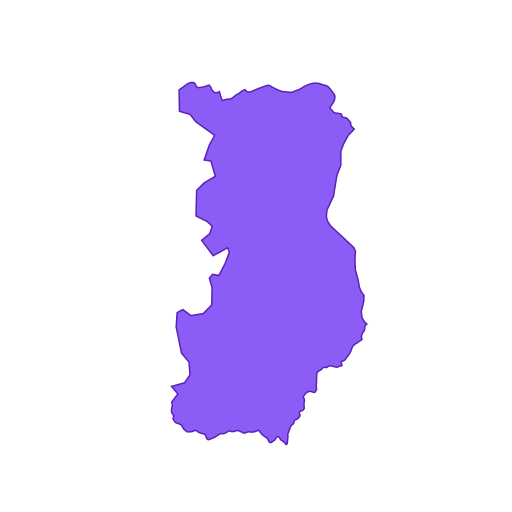 Vayk, Vayots Dzor, Armenia (Mercator projection), rotated 337°
{"feature_id": "60910142B90303504942673", "entity_name": "Vayk", "entity_type": "district", "adm_level": 2, "iso_a3": "ARM", "parent_name": "Armenia", "parent_adm1": "Vayots Dzor", "projection": "mercator", "projection_center": [45.554, 39.753], "detail": "fine", "context": "isolated", "style": "filled", "palette": "violet", "viewbox_px": 512, "rotation_deg": 337, "n_neighbors": 0, "source": "geoboundaries", "source_scale": "gbopen_adm2", "svg_char_len": 5353}
<svg xmlns="http://www.w3.org/2000/svg" viewBox="0 0 512 512"><g transform="rotate(337 256 256)"><path d="M250.1,73.1L248.9,76.0L243.1,90.4L242.1,92.9L250.7,100.0L253.0,108.8L265.1,128.8L256.3,135.7L245.8,147.4L251.6,150.9L249.7,166.7L236.9,168.4L227.0,172.4L216.4,195.7L224.5,205.1L227.3,211.6L222.1,217.4L212.1,220.3L216.7,239.0L233.0,237.3L233.0,242.0L224.8,250.7L214.3,259.4L209.0,255.9L204.4,258.2L203.2,268.1L196.1,283.8L185.0,288.4L172.9,285.5L167.7,276.7L161.3,277.3L154.8,290.1L149.5,316.3L152.9,327.4L148.8,339.6L140.7,344.8L127.3,343.0L130.2,352.4L121.2,357.6L121.1,359.2L120.4,361.2L119.3,362.7L118.9,363.3L117.5,365.8L117.3,367.2L117.4,368.6L117.8,370.3L117.8,371.3L117.5,371.7L116.9,372.2L116.0,373.3L116.1,375.0L116.5,377.0L117.5,378.7L118.0,379.0L119.0,379.8L119.7,380.6L120.9,382.0L121.3,382.5L121.4,383.3L121.4,384.0L121.6,385.4L121.7,386.6L122.3,388.1L123.1,389.7L124.2,391.1L125.8,391.8L127.0,392.2L128.9,392.7L130.3,392.7L131.7,392.7L132.5,393.1L133.4,394.2L134.2,395.7L135.3,396.8L136.7,398.1L138.8,399.7L139.6,400.5L139.5,401.4L139.4,402.7L139.4,404.2L139.4,405.2L139.9,406.1L140.5,406.6L142.4,406.7L144.2,406.7L145.7,406.7L147.3,406.7L148.4,406.5L149.9,406.1L151.1,406.1L152.2,405.8L153.5,405.7L154.6,405.9L156.0,406.6L156.9,406.9L158.8,406.9L160.0,406.9L161.4,406.6L162.7,406.4L163.5,406.7L164.3,407.7L165.0,408.0L165.6,408.4L166.8,408.9L168.3,408.9L169.0,409.1L170.6,409.3L171.5,409.9L172.3,410.5L173.0,411.5L173.9,412.1L174.4,413.0L174.6,413.3L175.5,414.2L176.7,414.6L179.2,414.7L180.2,414.9L181.5,415.3L182.4,416.1L184.1,416.7L185.2,417.1L186.9,417.3L188.6,417.3L189.8,417.3L190.1,417.6L190.4,417.8L190.7,418.7L190.8,419.1L191.1,420.3L191.4,421.4L192.0,422.9L192.7,424.2L193.4,425.6L193.9,426.2L194.4,426.8L194.9,427.6L195.3,429.3L195.3,430.7L195.4,431.5L195.5,432.3L195.8,433.0L196.5,433.4L197.4,433.6L199.1,433.2L199.9,433.0L200.0,433.0L201.0,432.8L201.7,432.5L202.7,431.8L203.6,431.1L204.6,430.8L205.4,430.8L206.1,431.1L206.6,432.3L206.7,433.6L207.0,434.8L207.4,435.6L208.0,436.4L208.9,437.9L209.5,439.2L209.7,440.7L210.1,441.3L211.1,441.1L211.3,441.1L211.8,440.2L212.4,439.1L213.4,437.4L214.3,435.7L214.7,434.9L214.9,434.6L215.2,433.6L215.4,432.7L216.0,432.0L217.1,430.9L217.7,430.3L218.4,429.3L219.2,428.6L220.1,427.8L220.7,426.7L221.9,426.1L222.9,425.6L224.4,425.2L225.1,424.9L225.7,424.3L226.4,423.4L227.1,422.5L228.1,422.1L229.1,422.2L230.1,422.2L230.6,422.2L232.0,421.7L232.9,420.9L234.0,420.4L234.4,418.8L234.5,418.5L234.6,417.5L235.1,416.5L236.3,416.1L237.5,416.3L238.7,416.3L239.5,416.0L240.2,415.7L241.1,414.7L241.5,413.2L241.8,412.2L241.9,411.9L242.9,410.0L244.2,407.8L244.6,406.3L244.3,405.2L244.7,404.0L245.3,403.4L246.6,402.7L248.3,401.7L250.1,401.4L252.0,401.5L253.6,402.0L254.4,402.8L255.6,403.9L256.6,404.4L257.5,404.2L258.4,403.5L259.3,402.8L260.0,401.7L260.3,400.2L260.5,399.2L260.9,398.5L261.8,396.9L262.6,395.5L263.4,393.7L264.0,392.1L264.8,390.5L265.4,389.2L266.1,387.9L267.2,387.0L268.2,386.4L270.0,386.3L271.3,386.2L272.5,385.7L273.5,385.2L275.0,385.0L275.9,385.3L276.7,386.0L277.7,386.3L278.9,385.9L280.2,385.8L281.1,386.0L282.4,386.6L283.6,387.5L284.6,388.3L285.6,389.0L286.2,389.6L287.1,390.0L287.7,390.1L288.2,390.0L288.9,390.1L289.7,390.1L290.7,390.3L291.6,390.5L292.4,390.3L292.7,389.1L292.7,387.9L292.9,386.9L293.4,386.5L294.3,386.5L295.3,386.7L296.6,386.5L297.8,386.2L298.7,385.6L300.0,384.6L301.5,383.9L302.7,383.3L303.9,382.5L306.2,380.6L308.1,378.5L308.8,377.7L309.5,377.3L310.1,376.5L310.7,376.3L311.8,376.3L312.6,375.9L313.1,375.6L315.0,375.6L316.9,375.1L318.4,374.7L319.9,374.6L320.9,374.3L321.2,373.5L321.3,372.3L321.5,371.3L322.5,370.0L323.7,368.7L325.2,367.9L326.6,367.0L327.2,366.4L327.3,365.9L327.8,365.0L328.2,363.9L328.7,363.4L329.6,362.9L330.4,362.1L331.1,361.9L331.4,361.9L330.2,359.0L329.5,354.3L331.2,348.3L337.5,339.8L340.0,334.5L338.9,329.9L339.0,325.0L340.6,318.3L342.1,307.4L346.1,296.9L349.4,290.5L349.4,286.5L336.5,257.7L335.4,251.4L336.3,247.0L339.2,241.5L350.8,231.1L362.0,213.3L369.5,205.7L375.1,192.7L380.5,187.0L388.0,181.0L396.0,177.6L395.4,176.0L394.4,173.8L394.5,172.3L394.9,171.2L395.2,170.0L394.9,168.7L394.2,167.0L393.8,165.2L392.7,163.8L391.5,163.0L389.9,162.1L389.8,160.5L390.0,158.6L389.1,157.9L387.8,157.1L386.7,156.3L384.7,155.4L383.6,153.9L383.3,152.9L382.9,151.5L382.3,150.3L382.0,149.1L382.4,148.0L383.2,147.4L385.4,146.0L387.5,144.7L388.9,143.4L390.1,141.7L391.1,139.7L391.2,137.7L390.8,136.3L390.5,134.9L389.8,131.9L389.2,130.2L388.5,128.2L387.7,127.1L386.2,125.8L384.4,124.5L383.2,123.4L380.9,121.4L377.2,119.6L373.6,118.9L370.3,118.7L366.0,118.8L363.2,119.4L360.3,119.6L358.2,119.4L356.2,119.4L354.6,119.3L353.6,119.4L352.2,119.1L350.2,118.0L348.8,117.2L346.9,116.2L344.8,115.1L342.9,113.5L340.0,110.6L337.0,107.0L335.2,104.6L334.0,103.6L332.2,103.3L328.6,103.0L323.0,102.8L317.9,102.8L315.1,102.8L313.6,102.4L311.9,101.1L311.3,99.9L310.9,98.5L309.7,98.5L308.2,98.6L306.2,98.9L305.1,99.3L304.4,99.6L303.7,99.7L302.3,99.8L300.2,100.1L298.1,100.7L295.9,101.3L294.0,101.5L292.8,101.2L290.4,100.3L288.1,100.0L285.9,99.9L285.8,97.8L285.9,95.6L286.2,93.0L286.5,90.4L285.9,90.6L284.5,90.4L283.3,90.1L282.0,89.6L281.3,88.7L280.7,86.9L280.2,85.5L280.4,84.0L280.3,82.9L280.0,81.5L279.5,80.5L279.5,80.3L273.8,79.9L269.1,78.7L267.3,77.0L267.3,73.8L266.5,72.1L264.3,70.9L260.4,70.7L250.1,73.1Z" fill="#8b5cf6" stroke="#5b21b6" stroke-width="1.5"/></g></svg>